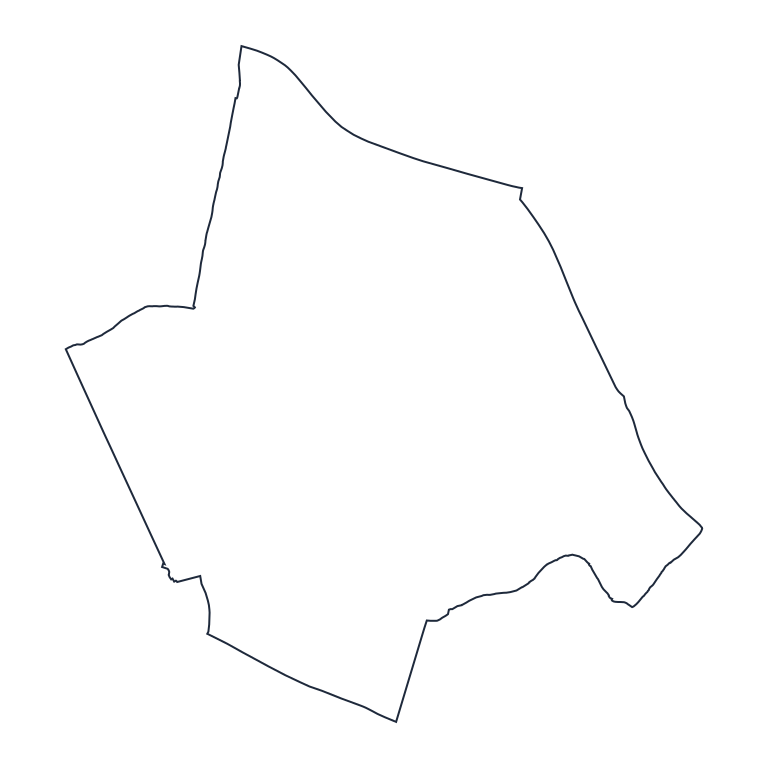 Ridderkerk, Zuid-Holland, Netherlands (Mercator projection)
{"feature_id": "6326949B39885659385056", "entity_name": "Ridderkerk", "entity_type": "district", "adm_level": 2, "iso_a3": "NLD", "parent_name": "Netherlands", "parent_adm1": "Zuid-Holland", "projection": "mercator", "projection_center": [4.592, 51.871], "detail": "fine", "context": "isolated", "style": "outline", "palette": "slate", "viewbox_px": 768, "rotation_deg": 0, "n_neighbors": 0, "source": "geoboundaries", "source_scale": "gbopen_adm2", "svg_char_len": 5966}
<svg xmlns="http://www.w3.org/2000/svg" viewBox="0 0 768 768"><path d="M566.4,281.4L560.7,267.1L556.9,258.4L553.1,249.7L548.9,241.4L544.1,233.1L538.7,224.8L533.4,217.1L527.6,209.0L522.4,202.3L520.0,199.5L522.1,188.1L518.8,187.6L516.2,187.0L512.4,186.2L507.4,184.9L467.6,173.9L447.8,168.2L423.2,161.3L413.4,158.1L398.8,152.9L368.3,141.7L361.2,138.5L353.7,134.8L347.5,130.9L341.6,127.0L335.4,121.6L325.8,111.7L311.9,95.4L305.9,87.9L300.6,81.5L295.4,75.3L290.9,70.6L287.7,67.5L284.9,65.2L281.5,62.9L277.6,60.3L274.0,58.1L271.0,56.5L266.8,54.6L261.7,52.5L257.0,50.7L250.3,48.6L241.5,46.1L238.7,64.8L239.4,72.7L239.9,80.3L240.0,80.4L240.0,80.6L239.8,80.8L240.0,83.4L240.0,83.9L240.0,84.1L239.9,85.8L239.7,86.5L239.3,88.2L239.1,88.3L239.0,88.9L239.0,89.1L237.7,95.5L237.4,96.9L237.1,97.9L236.7,98.4L235.5,98.1L234.6,103.3L233.7,107.6L232.4,114.2L230.8,122.6L230.2,126.7L228.7,134.0L226.4,145.2L225.9,147.4L225.8,148.3L224.9,151.9L224.1,154.8L223.7,156.5L222.8,161.6L222.8,162.6L222.7,163.8L222.5,165.4L222.1,167.0L221.8,168.2L220.4,172.1L220.1,173.1L219.9,175.5L219.7,177.2L219.3,178.3L218.7,180.2L218.3,181.4L218.1,182.6L217.8,184.2L217.7,185.4L217.5,187.0L217.0,189.3L216.1,192.1L215.0,197.1L214.4,200.1L214.1,201.1L213.4,204.1L213.4,204.4L213.2,205.1L212.8,207.5L212.5,210.8L212.2,212.8L212.0,213.9L211.4,217.1L211.1,218.1L210.2,221.2L208.3,227.8L207.1,232.2L206.8,233.0L206.4,234.9L205.7,239.1L205.5,240.4L205.4,240.5L205.4,241.7L205.2,243.3L205.0,244.5L204.9,244.9L204.2,247.3L203.4,249.5L203.3,249.8L203.1,250.4L202.9,251.5L202.5,255.4L202.4,256.2L201.8,259.3L201.2,262.0L200.9,263.6L200.0,270.9L199.6,273.6L199.2,275.9L197.7,282.6L196.5,288.5L195.6,294.1L194.9,299.2L193.6,305.0L193.4,305.9L194.9,307.4L194.7,307.7L194.2,308.2L193.3,308.7L183.8,307.1L177.7,306.6L175.6,306.7L170.9,306.5L170.0,306.4L169.6,306.4L169.2,306.3L167.9,305.9L167.0,305.8L164.6,305.9L161.1,306.3L160.2,306.3L159.2,306.4L157.4,306.2L155.3,306.1L153.8,306.1L152.5,306.3L149.4,306.2L147.8,306.3L145.8,306.9L145.0,307.2L144.6,307.3L144.0,307.9L143.2,308.4L141.4,309.3L140.1,309.9L139.0,310.6L137.6,311.2L134.3,313.2L133.4,313.6L133.1,313.7L132.5,314.0L129.6,315.6L128.0,316.6L127.0,317.3L124.2,319.1L123.3,319.6L121.5,320.6L120.9,321.1L118.1,323.6L116.0,325.4L114.6,326.6L113.3,328.0L110.7,329.6L106.8,331.8L103.3,334.0L102.2,334.9L101.8,335.2L100.3,335.8L98.0,336.8L97.5,336.9L92.6,339.1L92.0,339.3L90.5,340.0L88.9,340.6L87.1,341.5L85.0,342.8L84.2,343.5L83.8,343.8L83.2,344.0L82.4,344.3L81.2,344.5L80.3,344.6L79.1,344.5L77.7,344.4L77.0,344.4L76.8,344.4L75.8,344.8L75.3,345.0L73.9,345.2L72.9,345.5L71.2,346.5L69.2,347.3L68.5,347.6L65.8,349.2L72.1,363.1L77.7,375.5L83.3,387.8L103.2,431.5L105.5,436.5L110.5,447.2L118.0,463.5L138.5,507.8L151.0,534.9L164.5,564.0L163.2,563.5L162.1,567.0L167.6,568.8L167.8,569.0L168.5,570.0L169.0,571.1L169.1,571.3L169.2,571.9L169.2,572.5L169.0,573.6L168.9,574.6L168.7,574.9L169.6,577.1L171.2,579.4L172.5,578.6L174.2,581.6L175.9,580.7L176.7,581.3L177.2,582.0L200.2,576.0L201.3,582.5L201.5,583.8L205.6,593.0L207.9,600.7L208.1,601.6L208.9,605.1L209.4,609.6L209.6,612.6L209.2,624.5L208.4,631.6L208.3,631.8L207.3,633.8L227.1,643.7L242.3,652.2L268.1,666.2L285.3,675.2L300.1,682.2L309.5,686.5L321.7,690.7L341.3,698.5L360.6,705.6L363.4,706.7L365.7,707.7L368.5,709.1L372.7,711.3L377.5,713.9L378.8,714.5L384.8,717.2L396.1,721.9L398.8,712.9L408.1,682.0L419.9,642.8L423.0,632.5L424.5,627.6L426.8,620.5L430.6,620.8L434.3,620.8L436.2,620.8L437.2,620.7L437.9,620.4L440.0,619.4L442.1,617.8L445.5,615.9L446.5,615.2L447.8,614.3L448.0,614.1L448.9,609.7L450.6,609.1L452.4,609.1L456.1,606.9L457.4,606.1L461.7,605.2L461.8,604.9L462.3,604.8L466.5,602.5L468.7,601.1L469.6,600.6L476.2,597.4L481.6,596.0L483.4,595.2L486.9,594.8L489.9,594.9L494.1,594.1L495.9,593.6L503.6,592.8L506.4,592.7L510.3,592.1L516.5,590.5L521.9,587.2L522.4,587.2L528.4,583.4L528.8,582.8L529.3,582.5L529.3,582.2L531.3,580.8L533.1,579.8L533.2,579.6L534.5,578.6L534.6,578.2L535.2,577.6L535.3,577.2L538.5,572.9L544.2,566.8L547.1,564.3L547.5,564.3L548.2,563.7L551.6,562.2L554.2,560.8L555.6,560.2L556.7,560.2L557.4,559.8L557.7,559.3L559.9,557.9L561.9,557.2L563.7,556.2L565.7,555.6L568.2,555.8L568.8,555.6L568.9,555.4L570.6,555.1L572.4,554.7L573.5,555.0L575.7,555.5L578.5,556.2L579.2,556.4L583.3,558.8L584.1,558.9L584.4,559.1L587.2,562.2L588.3,563.2L589.2,563.7L588.9,564.5L589.7,565.7L590.7,566.2L592.4,570.0L592.5,570.1L597.1,578.0L598.0,579.1L601.9,587.0L603.5,589.3L607.0,592.9L607.3,593.1L608.9,595.4L608.7,595.9L609.7,597.6L610.1,597.9L612.1,598.9L611.6,599.6L611.7,599.9L612.1,600.6L613.5,601.4L615.2,601.8L618.1,602.0L620.0,602.0L624.0,602.2L625.0,602.5L626.6,603.2L628.4,604.6L628.8,604.8L632.1,607.1L633.3,606.6L633.8,606.3L636.3,604.2L638.4,602.0L642.8,596.6L643.4,596.3L644.1,595.6L645.1,594.2L646.3,592.9L647.4,591.9L647.6,591.5L647.9,590.9L648.6,590.3L648.9,589.8L648.9,589.4L649.7,588.0L649.8,587.9L650.2,587.3L652.5,585.4L653.3,584.5L656.9,579.1L659.5,575.6L659.9,574.8L661.3,572.9L661.6,572.0L662.5,571.2L663.3,570.0L663.8,569.4L664.6,567.9L665.4,566.7L665.6,566.3L667.6,564.8L669.4,563.0L670.4,562.5L670.7,562.3L670.8,562.5L673.8,559.7L678.2,557.2L680.8,554.9L684.2,551.2L686.0,549.2L690.4,543.9L694.7,539.1L699.8,533.6L700.8,531.9L701.3,531.0L702.2,528.7L702.0,528.2L702.0,527.7L701.5,527.1L700.8,526.3L699.9,525.1L699.4,524.6L698.1,523.4L693.2,519.1L688.6,515.1L687.3,514.0L686.5,513.3L681.6,508.6L680.6,507.5L679.1,505.8L675.9,501.7L674.8,500.4L673.5,498.7L673.1,498.3L670.8,495.3L669.2,493.3L666.2,489.3L664.4,486.6L663.0,484.3L661.2,481.8L654.9,472.1L653.5,469.5L648.6,460.8L648.3,460.2L644.7,453.0L642.5,448.4L641.0,444.7L639.5,440.7L638.4,437.7L637.3,434.4L636.8,432.5L634.3,423.8L633.4,420.9L632.0,417.2L630.4,413.6L630.2,413.2L629.3,411.2L628.7,410.3L627.9,409.3L626.9,407.9L626.2,406.1L625.3,403.4L623.9,396.4L620.6,393.5L618.6,391.5L617.2,389.6L615.6,387.1L599.6,353.9L596.7,348.1L582.3,317.9L578.8,310.8L574.9,302.2L573.2,298.2L566.4,281.4Z" fill="none" stroke="#1e293b" stroke-width="2"/></svg>